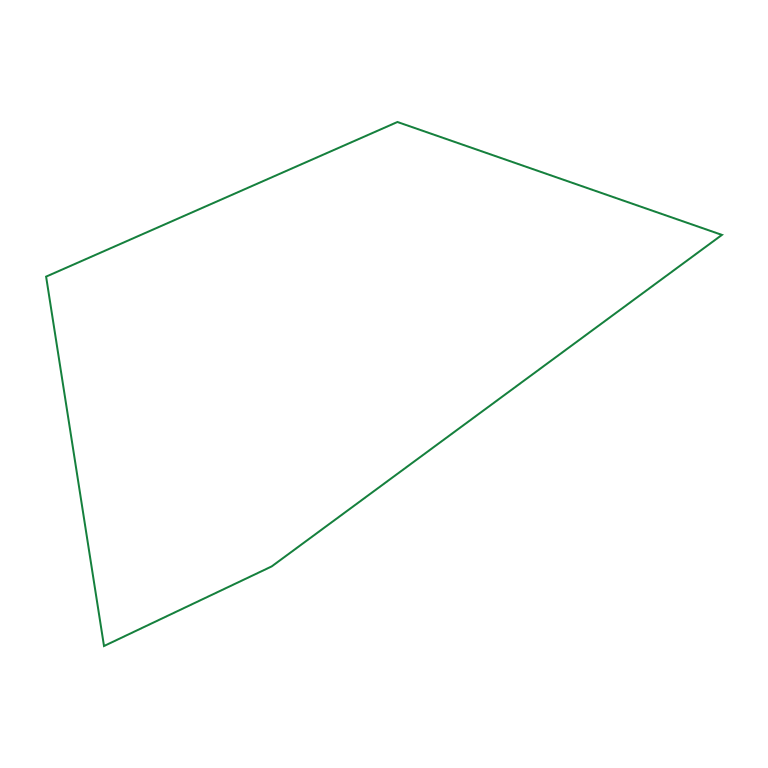 outline of Lexington, Virginia, United States of America
{"feature_id": "52423323B43343274853649", "entity_name": "Lexington", "entity_type": "district", "adm_level": 2, "iso_a3": "USA", "parent_name": "United States of America", "parent_adm1": "Virginia", "projection": "orthographic", "projection_center": [-79.447, 37.781], "detail": "fine", "context": "isolated", "style": "outline", "palette": "green", "viewbox_px": 768, "rotation_deg": 0, "n_neighbors": 0, "source": "geoboundaries", "source_scale": "gbopen_adm2", "svg_char_len": 197}
<svg xmlns="http://www.w3.org/2000/svg" viewBox="0 0 768 768"><path d="M46.1,276.6L104.0,646.0L271.7,566.4L721.9,234.9L397.4,122.0L46.1,276.6Z" fill="none" stroke="#15803d" stroke-width="2"/></svg>